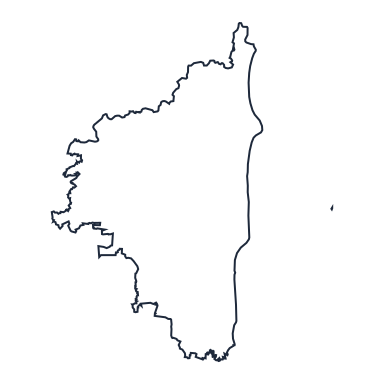 the district of Lampung Timur, Lampung, Indonesia
{"feature_id": "22746128B49036162018248", "entity_name": "Lampung Timur", "entity_type": "district", "adm_level": 2, "iso_a3": "IDN", "parent_name": "Indonesia", "parent_adm1": "Lampung", "projection": "orthographic", "projection_center": [105.589, -5.121], "detail": "fine", "context": "isolated", "style": "outline", "palette": "slate", "viewbox_px": 384, "rotation_deg": 0, "n_neighbors": 0, "source": "geoboundaries", "source_scale": "gbopen_adm2", "svg_char_len": 5884}
<svg xmlns="http://www.w3.org/2000/svg" viewBox="0 0 384 384"><path d="M51.8,212.1L52.6,217.4L52.3,218.4L53.0,219.9L53.9,220.1L53.2,221.7L53.8,221.4L55.5,222.2L56.0,224.4L58.4,225.2L58.8,227.2L60.1,228.7L62.6,226.0L62.3,224.4L68.6,221.4L69.4,223.8L68.2,225.7L70.6,230.7L71.5,231.4L75.5,232.5L76.3,230.9L75.6,229.6L79.0,228.3L80.4,225.5L83.4,224.9L82.8,223.3L88.3,224.0L88.3,223.4L89.5,222.9L91.0,223.3L92.3,222.6L94.2,222.9L94.5,223.5L94.8,222.9L100.2,222.8L99.9,225.2L93.0,225.0L93.1,227.6L93.8,227.6L93.8,228.5L94.4,228.6L96.7,228.8L97.3,228.4L104.9,229.6L101.9,230.8L102.0,234.1L103.0,234.4L107.8,233.9L108.4,234.4L108.8,234.1L109.9,234.4L112.9,233.5L112.1,245.4L110.5,245.7L109.8,246.7L106.7,248.1L103.6,246.9L98.4,246.1L99.2,257.1L101.0,255.1L115.6,255.1L115.9,252.6L116.6,252.8L117.8,252.2L117.5,251.4L118.1,250.4L119.5,249.7L119.7,248.8L122.0,248.9L121.8,253.4L125.2,254.7L125.2,256.4L126.4,258.1L128.3,257.8L131.1,258.4L133.7,261.2L137.4,266.3L138.2,269.1L136.2,273.3L135.4,273.6L135.2,277.9L136.3,281.2L136.1,282.2L135.5,282.3L135.7,286.2L135.2,286.1L135.2,288.5L136.6,289.0L135.8,290.0L136.2,291.3L137.3,291.8L137.2,292.5L137.7,292.3L138.0,295.2L137.4,295.1L136.6,296.6L136.7,297.9L135.7,298.9L136.5,299.6L135.7,300.4L135.8,301.0L136.8,301.3L136.3,301.6L136.4,303.3L134.9,303.3L133.2,304.4L132.1,304.4L132.6,305.2L132.7,307.5L134.2,309.4L134.2,311.8L135.5,312.2L137.5,311.8L137.7,307.4L138.2,307.4L138.1,306.4L139.9,304.5L141.4,305.9L140.9,303.7L150.4,302.8L153.4,304.0L156.1,302.6L156.8,303.6L155.8,304.7L157.4,305.1L157.5,305.7L155.1,312.7L155.5,313.3L154.9,313.4L154.7,315.9L165.4,317.3L168.2,318.9L170.5,319.0L171.1,319.5L171.6,324.3L171.2,326.7L171.5,329.0L171.2,335.5L172.0,337.9L171.6,338.2L173.2,337.8L175.4,338.5L176.6,339.0L177.4,340.3L180.4,341.5L178.7,345.0L179.9,347.6L179.9,348.6L182.4,349.6L184.9,353.2L185.2,355.3L184.8,357.1L186.9,357.2L188.0,358.3L189.5,358.1L189.8,355.2L190.4,355.3L190.8,352.9L195.3,353.3L196.5,354.1L195.7,356.9L201.8,359.1L202.4,358.0L203.1,358.3L203.3,359.1L204.4,357.9L205.6,358.3L205.7,354.1L206.6,353.9L207.1,352.7L207.9,352.4L208.1,352.9L207.2,354.3L208.2,354.5L209.0,353.0L210.0,352.3L209.9,350.3L210.6,349.9L211.4,350.9L211.4,353.2L211.9,353.8L212.4,353.5L212.5,351.2L213.0,350.8L213.6,351.2L213.6,354.6L212.5,355.8L212.7,356.9L213.7,356.8L215.5,355.0L216.1,355.1L215.9,356.7L214.4,358.9L216.0,360.2L216.8,360.3L219.3,358.1L219.6,359.2L218.3,360.6L218.5,361.0L219.6,360.8L221.1,359.3L222.7,359.5L223.3,358.5L222.9,356.9L223.7,357.1L224.9,358.6L225.6,358.6L224.5,353.6L227.4,355.2L227.7,354.3L226.9,352.6L228.1,350.2L229.7,348.1L233.5,345.8L233.4,345.1L234.6,345.1L234.7,344.3L233.0,338.7L232.7,333.4L234.2,325.2L236.0,322.4L236.4,320.9L236.0,304.7L234.4,279.6L234.5,274.7L235.2,272.7L234.5,270.7L234.9,260.0L237.0,253.1L240.8,247.6L246.4,242.9L248.9,239.3L249.3,237.5L248.4,215.6L248.8,202.0L247.7,192.2L247.8,185.6L247.1,176.1L247.7,172.2L247.9,164.1L249.7,150.8L251.7,142.4L253.6,137.7L255.9,135.4L261.0,132.4L262.3,130.1L262.0,126.0L259.7,120.5L254.7,114.6L252.5,110.3L250.4,103.3L249.2,96.9L248.6,82.7L249.2,72.9L250.2,66.0L252.2,58.2L253.9,53.7L255.7,50.9L255.8,49.7L253.9,46.4L253.5,44.3L251.0,44.1L246.4,42.5L245.3,41.4L245.2,39.5L247.5,35.0L247.6,28.0L247.0,26.9L243.1,26.8L242.2,25.9L241.2,23.2L239.5,23.0L238.8,23.7L238.4,27.1L237.3,29.9L233.6,33.0L233.9,37.4L232.5,42.3L234.0,43.4L233.0,48.9L234.0,48.1L234.4,49.7L233.9,50.5L232.3,50.9L231.4,52.0L230.3,56.6L229.6,57.9L231.0,58.6L232.2,60.5L232.0,61.3L230.4,62.2L233.1,64.6L231.8,67.4L228.1,68.4L225.7,68.0L224.1,66.9L224.1,64.9L222.6,63.2L221.6,63.2L220.6,64.3L219.1,63.9L217.8,62.1L215.3,62.8L214.6,62.2L214.3,60.8L213.5,60.5L210.2,60.7L208.9,63.3L206.8,65.5L204.0,65.5L203.2,62.8L200.9,61.9L193.9,63.2L191.1,65.6L188.6,65.6L188.1,66.8L188.0,72.1L186.8,75.0L187.1,77.8L186.0,78.7L182.0,78.0L177.3,81.8L178.9,84.4L179.1,85.7L178.4,88.2L176.3,89.1L173.2,92.7L172.5,94.8L173.9,96.2L173.4,101.1L170.8,101.5L169.6,102.6L169.2,103.8L165.7,101.4L164.1,101.0L162.4,101.3L161.1,102.3L160.6,104.9L158.8,106.3L158.4,110.5L157.6,111.4L153.7,112.1L152.4,110.2L145.5,108.3L143.0,108.8L141.8,109.9L141.3,111.7L140.7,111.9L138.9,112.0L139.1,112.4L136.1,111.8L135.6,112.6L136.4,113.2L134.5,112.9L133.0,111.2L132.1,111.6L129.6,111.3L129.6,112.9L128.2,114.5L125.1,115.5L124.5,117.1L122.1,117.5L119.2,115.7L117.0,115.7L115.2,116.1L111.6,119.2L110.2,119.2L108.4,118.2L107.4,116.9L106.6,114.3L105.6,114.1L103.1,115.4L101.9,118.4L94.2,124.8L93.4,126.2L93.2,127.2L93.9,128.7L96.2,131.7L96.4,136.6L98.2,139.2L98.2,140.5L96.9,141.4L95.0,141.7L88.9,140.4L86.4,142.1L84.4,142.5L80.5,142.2L78.7,140.4L78.1,141.3L76.4,141.1L76.2,139.4L75.0,139.2L73.2,141.9L71.1,143.3L69.6,145.8L67.5,153.5L70.8,153.7L70.9,155.1L72.3,155.4L73.1,154.3L74.5,153.7L74.7,154.2L78.0,154.3L77.6,156.0L81.0,155.3L80.9,158.8L82.1,160.3L81.9,161.0L81.5,160.7L81.4,161.6L80.6,161.2L79.4,161.6L79.1,162.6L77.9,162.0L77.4,162.3L77.0,161.8L77.1,162.6L76.4,162.8L76.7,163.6L76.1,163.4L74.0,166.1L73.1,166.0L69.5,167.4L69.4,168.1L66.6,169.3L66.9,170.2L66.0,171.7L63.8,173.2L63.4,174.6L64.7,175.1L65.2,174.7L64.8,176.1L65.1,176.7L66.5,176.9L67.6,176.4L68.2,175.2L70.0,175.4L70.3,175.0L71.8,175.6L75.4,175.4L75.5,174.8L76.0,174.8L75.7,174.6L76.1,173.9L75.7,173.7L76.8,173.4L76.7,172.7L77.3,172.9L77.8,172.3L79.5,174.0L77.2,176.4L76.3,178.0L71.1,181.1L70.6,182.0L71.0,182.7L72.2,182.9L71.9,183.4L74.5,184.5L76.0,186.2L74.4,187.6L73.1,187.3L72.1,189.1L71.2,189.0L69.5,191.4L70.1,192.0L70.3,193.2L68.9,193.2L68.3,194.5L67.7,194.7L68.3,195.5L68.1,197.4L69.1,198.5L70.1,198.2L69.9,199.7L70.5,202.5L71.1,202.8L70.8,203.9L70.0,204.0L68.7,205.5L70.2,208.1L68.3,209.3L68.6,210.1L68.1,211.0L66.6,209.5L66.0,209.8L65.9,210.7L63.6,212.2L60.6,211.8L60.4,213.1L59.4,213.1L58.4,213.8L57.0,212.5L54.9,212.6L53.8,211.4L51.8,212.1ZM331.8,209.4L332.2,208.4L332.2,207.5L331.4,208.8L331.8,209.4Z" fill="none" stroke="#1e293b" stroke-width="2"/></svg>